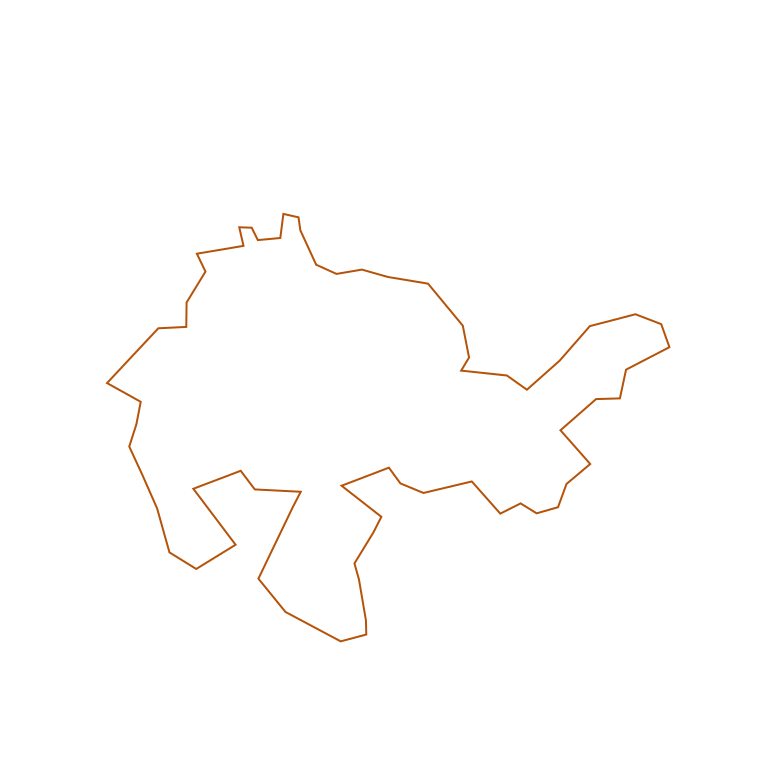 the district of Samarkand city, Samarkand, Uzbekistan, rotated 150°
{"feature_id": "79887680B93322168569220", "entity_name": "Samarkand city", "entity_type": "district", "adm_level": 2, "iso_a3": "UZB", "parent_name": "Uzbekistan", "parent_adm1": "Samarkand", "projection": "natural_earth1", "projection_center": [66.968, 39.625], "detail": "fine", "context": "isolated", "style": "outline", "palette": "amber", "viewbox_px": 768, "rotation_deg": 150, "n_neighbors": 0, "source": "geoboundaries", "source_scale": "gbopen_adm2", "svg_char_len": 970}
<svg xmlns="http://www.w3.org/2000/svg" viewBox="0 0 768 768"><g transform="rotate(150 384 384)"><path d="M131.4,318.7L176.8,331.2L220.2,316.4L263.1,307.6L273.3,329.9L310.5,357.0L297.1,364.4L286.6,395.1L295.7,448.9L327.1,474.7L345.9,494.1L370.1,503.1L383.1,521.2L379.6,558.9L374.7,571.1L386.1,581.6L400.8,562.3L421.3,571.7L420.4,585.5L431.0,592.1L436.6,573.9L480.9,590.4L482.4,570.6L514.2,553.3L526.7,532.3L551.6,545.1L623.4,523.3L603.6,490.2L618.7,472.8L635.9,457.2L638.8,425.4L642.7,389.7L654.0,345.4L639.1,317.7L592.9,319.0L601.5,388.6L551.5,380.5L548.6,357.3L510.0,332.3L524.8,322.8L590.1,278.2L583.3,235.8L550.2,182.8L524.6,175.9L517.8,188.4L503.4,227.3L499.3,243.4L467.5,260.7L452.7,270.3L471.6,317.1L421.6,309.1L419.5,289.7L404.3,269.9L356.7,255.7L348.1,213.6L325.4,212.3L316.5,195.7L294.9,190.3L275.9,206.2L245.4,211.6L254.3,255.7L207.9,264.9L186.9,253.6L167.2,275.4L118.4,273.2L114.0,297.2L131.4,318.7Z" fill="none" stroke="#b45309" stroke-width="2"/></g></svg>